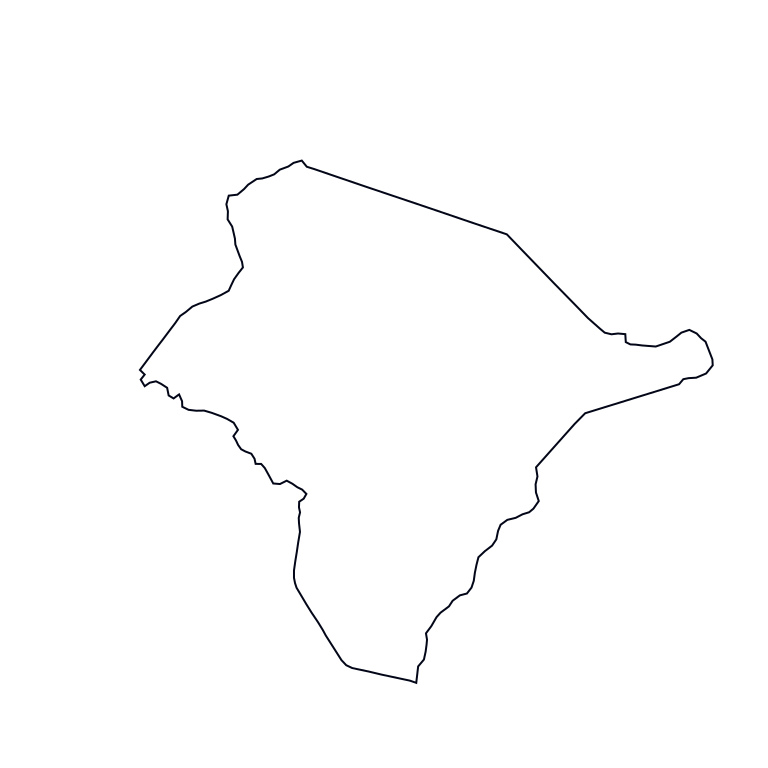 Gravataí, Rio Grande do Sul, Brazil, rotated 40°
{"feature_id": "56859067B76792516798439", "entity_name": "Gravataí", "entity_type": "district", "adm_level": 2, "iso_a3": "BRA", "parent_name": "Brazil", "parent_adm1": "Rio Grande do Sul", "projection": "albers", "projection_center": [-50.95, -29.891], "detail": "fine", "context": "isolated", "style": "outline", "palette": "ink", "viewbox_px": 768, "rotation_deg": 40, "n_neighbors": 0, "source": "geoboundaries", "source_scale": "gbopen_adm2", "svg_char_len": 2289}
<svg xmlns="http://www.w3.org/2000/svg" viewBox="0 0 768 768"><g transform="rotate(40 384 384)"><path d="M394.7,528.7L398.2,533.2L402.2,536.3L404.7,541.3L408.4,545.3L414.7,551.3L420.1,560.5L425.1,568.6L429.8,576.5L434.9,584.7L439.6,590.3L443.8,593.7L448.0,596.3L453.2,598.1L466.0,602.6L475.5,605.7L486.6,608.9L495.3,611.8L501.1,614.1L509.7,616.8L529.0,622.9L535.8,623.7L542.3,622.0L557.1,614.1L568.9,608.2L584.7,599.8L594.5,594.6L600.8,592.2L591.7,578.4L591.7,569.4L587.9,562.2L584.2,556.4L581.3,552.2L576.4,548.0L575.9,539.1L574.1,528.8L574.3,522.8L576.7,512.6L575.9,505.9L578.0,497.1L582.2,491.2L581.9,483.7L579.3,477.1L574.9,470.1L571.0,462.9L567.7,456.0L568.7,447.3L570.7,438.3L569.9,430.8L565.8,423.2L563.8,416.9L565.8,408.8L570.9,401.9L573.9,394.7L577.6,389.0L578.6,383.5L577.8,374.2L570.1,369.4L564.6,363.4L561.0,356.2L554.0,350.1L555.7,292.2L556.9,277.1L610.2,194.5L610.2,187.9L613.6,183.7L619.1,178.5L624.0,168.9L623.8,158.4L619.8,154.1L603.1,144.9L597.5,145.1L591.1,144.3L583.1,146.3L578.8,153.5L577.6,159.6L575.8,167.9L568.1,180.6L556.9,188.6L551.6,192.0L547.3,195.3L542.3,196.5L536.8,190.7L530.8,194.9L526.3,199.7L520.1,202.8L513.6,202.8L498.0,202.4L477.6,200.3L450.0,197.6L402.4,192.6L381.9,190.4L349.0,203.3L302.3,221.4L242.3,244.9L215.7,255.2L192.4,264.2L185.2,267.2L177.4,265.7L172.6,272.7L170.9,278.9L166.4,286.8L165.1,294.0L162.3,299.2L158.6,304.8L154.7,308.8L151.8,318.6L151.5,324.6L150.0,333.2L144.0,339.5L147.7,347.6L153.4,352.0L158.4,358.4L166.5,361.0L171.7,364.9L176.4,368.5L180.5,372.7L191.0,378.7L196.7,381.7L201.0,385.4L201.2,392.5L201.8,400.1L203.5,406.7L205.1,412.4L201.8,420.9L197.9,429.0L194.4,435.6L190.9,441.0L187.4,447.9L185.9,456.3L184.1,462.9L184.9,471.4L185.3,479.5L186.0,492.5L186.3,499.6L186.7,507.7L188.0,530.1L194.6,530.6L194.8,537.0L202.1,539.5L203.7,533.6L207.6,528.5L213.1,527.2L220.3,526.3L226.4,531.2L232.1,530.3L233.7,523.7L240.4,527.0L244.1,531.1L250.9,529.4L257.3,525.2L263.3,520.0L270.6,516.8L280.0,513.4L286.3,511.6L293.8,510.3L301.6,513.0L302.2,520.8L306.9,522.4L311.5,524.5L316.5,525.8L321.2,524.8L327.2,522.7L332.9,524.5L337.0,527.7L341.3,524.2L346.7,525.0L354.8,528.1L363.1,531.4L368.6,527.5L371.6,520.6L377.9,519.3L383.9,518.8L389.2,517.5L395.2,518.1L396.2,523.5L394.7,528.7Z" fill="none" stroke="#020617" stroke-width="2"/></g></svg>